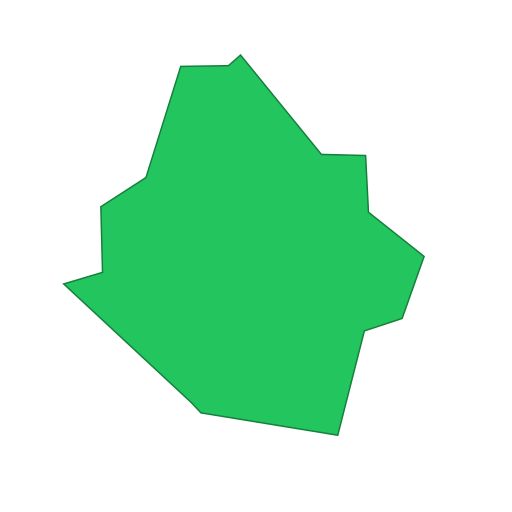 the district of Canal/Pigi, Jonglei, South Sudan, rotated 32°
{"feature_id": "79223893B17498067697092", "entity_name": "Canal/Pigi", "entity_type": "district", "adm_level": 2, "iso_a3": "SSD", "parent_name": "South Sudan", "parent_adm1": "Jonglei", "projection": "robinson", "projection_center": [31.43, 9.096], "detail": "fine", "context": "isolated", "style": "filled", "palette": "green", "viewbox_px": 512, "rotation_deg": 32, "n_neighbors": 0, "source": "geoboundaries", "source_scale": "gbopen_adm2", "svg_char_len": 371}
<svg xmlns="http://www.w3.org/2000/svg" viewBox="0 0 512 512"><g transform="rotate(32 256 256)"><path d="M278.9,414.6L292.5,418.2L420.3,364.7L387.6,262.1L413.0,231.5L398.8,167.3L328.2,159.3L295.7,112.7L257.6,135.2L136.4,93.8L131.8,109.2L91.7,135.1L121.1,247.7L98.3,296.4L134.5,351.2L107.7,381.6L278.9,414.6Z" fill="#22c55e" stroke="#15803d" stroke-width="1.5"/></g></svg>